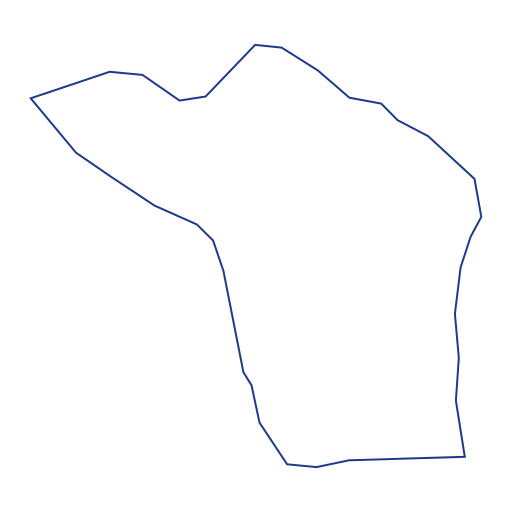 San Bartolomé Milpas Altas, Sacatepéquez, Guatemala (orthographic projection)
{"feature_id": "79465075B34478073333157", "entity_name": "San Bartolomé Milpas Altas", "entity_type": "district", "adm_level": 2, "iso_a3": "GTM", "parent_name": "Guatemala", "parent_adm1": "Sacatepéquez", "projection": "orthographic", "projection_center": [-90.687, 14.601], "detail": "fine", "context": "isolated", "style": "outline", "palette": "blue", "viewbox_px": 512, "rotation_deg": 0, "n_neighbors": 0, "source": "geoboundaries", "source_scale": "gbopen_adm2", "svg_char_len": 513}
<svg xmlns="http://www.w3.org/2000/svg" viewBox="0 0 512 512"><path d="M287.1,464.3L316.6,467.1L348.9,460.3L464.8,456.8L455.9,400.7L458.8,357.9L454.9,313.8L460.6,267.4L470.6,236.8L481.3,216.9L474.5,178.9L428.2,136.2L397.6,120.2L381.2,103.6L349.4,97.7L317.8,70.4L281.6,47.6L255.1,44.9L205.6,96.5L179.6,100.6L142.5,74.9L109.6,71.8L30.7,98.3L76.0,152.7L110.8,176.6L154.5,205.6L196.9,224.5L213.1,240.5L223.4,270.8L243.4,372.2L251.5,385.2L259.5,422.6L287.1,464.3Z" fill="none" stroke="#1e3a8a" stroke-width="2"/></svg>